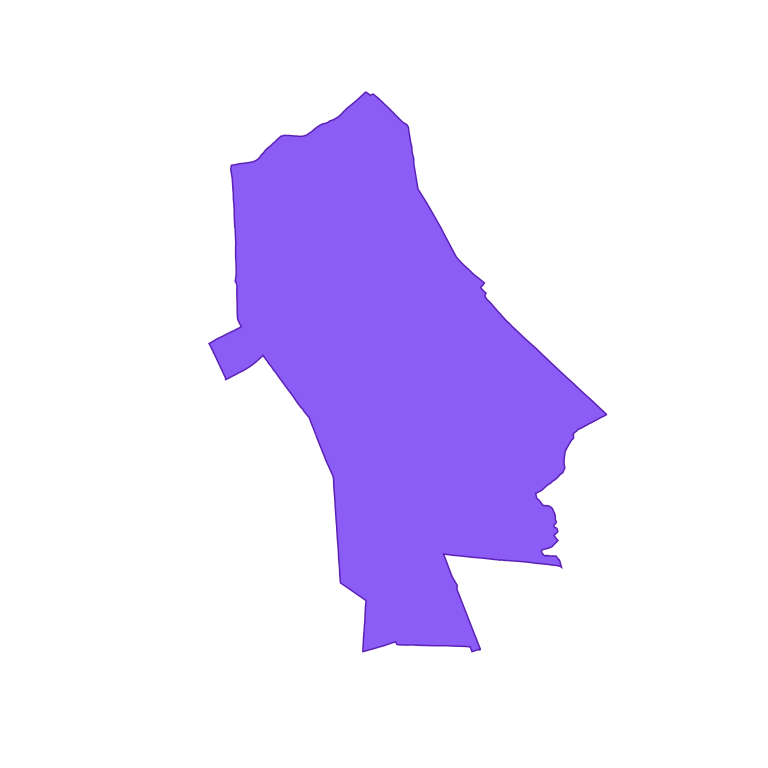 Corlatel, Mehedinti, Romania, rotated 305°
{"feature_id": "2599482B35238828278116", "entity_name": "Corlatel", "entity_type": "district", "adm_level": 2, "iso_a3": "ROU", "parent_name": "Romania", "parent_adm1": "Mehedinti", "projection": "orthographic", "projection_center": [22.928, 44.38], "detail": "fine", "context": "isolated", "style": "filled", "palette": "violet", "viewbox_px": 768, "rotation_deg": 305, "n_neighbors": 0, "source": "geoboundaries", "source_scale": "gbopen_adm2", "svg_char_len": 6171}
<svg xmlns="http://www.w3.org/2000/svg" viewBox="0 0 768 768"><g transform="rotate(305 384 384)"><path d="M486.5,583.8L486.8,583.4L488.6,570.6L489.4,565.6L490.0,561.4L490.5,556.5L493.6,534.5L494.1,530.0L494.5,527.5L495.1,522.6L498.7,498.5L499.4,494.1L500.4,487.6L501.2,480.8L501.7,476.6L502.1,473.2L504.3,458.8L504.6,455.8L505.3,453.1L505.6,451.4L505.8,449.4L506.3,446.5L509.0,434.8L511.0,427.0L511.7,424.0L512.5,419.4L513.4,417.2L514.2,416.0L517.0,415.4L517.3,412.4L518.3,408.2L518.8,407.8L523.4,408.4L524.4,408.3L524.9,401.5L525.2,394.7L526.5,387.1L527.1,381.7L528.2,375.5L529.5,370.4L533.9,361.7L535.8,358.1L539.4,350.9L544.8,340.6L553.2,322.9L557.1,314.5L563.2,300.0L581.8,281.8L584.6,279.9L586.8,278.0L587.6,276.6L591.3,273.0L594.0,270.9L595.4,269.4L597.8,266.7L601.8,262.9L603.9,260.7L608.5,256.5L608.9,255.3L609.5,254.2L609.3,250.8L609.2,249.7L609.2,249.1L609.5,247.5L609.8,245.7L610.6,241.2L611.0,238.1L611.3,237.5L612.4,231.3L612.7,229.5L612.8,228.2L613.3,225.5L613.6,222.9L613.9,221.9L614.4,218.3L614.4,216.0L614.9,216.0L614.9,213.8L615.1,210.9L615.3,210.0L615.3,209.0L615.2,208.8L614.3,208.1L612.7,207.3L612.8,203.1L612.7,201.8L612.4,201.5L612.1,201.3L611.6,201.2L610.6,201.1L606.3,200.1L605.0,199.9L599.4,198.6L597.6,198.1L595.6,197.6L591.0,196.2L588.3,195.5L586.6,195.3L584.7,194.8L580.8,194.3L578.5,193.8L576.8,193.4L574.5,192.4L571.0,190.7L570.2,190.1L569.5,189.5L568.7,188.9L566.3,188.0L565.1,187.4L564.4,186.9L562.4,185.0L561.8,184.5L559.3,183.1L554.7,181.4L551.3,180.5L550.5,180.2L548.4,179.7L546.3,178.8L543.4,177.8L542.9,177.4L542.4,176.9L540.3,175.3L538.5,172.9L536.7,169.8L535.6,168.1L533.8,164.8L532.9,163.3L531.9,162.0L530.6,159.8L530.0,159.3L528.7,158.4L528.3,158.0L528.1,157.5L521.6,156.0L519.6,155.8L517.9,155.2L513.6,154.4L512.1,153.8L508.0,152.8L506.7,152.8L503.7,152.6L501.1,152.1L499.9,152.1L499.0,152.3L496.1,151.8L495.3,151.5L494.2,151.2L492.4,150.2L490.4,148.8L486.4,144.8L482.9,140.8L480.0,137.8L477.3,135.4L475.6,133.5L472.5,135.1L471.1,136.0L468.8,138.4L467.9,139.2L465.8,141.4L455.3,149.8L454.2,150.9L452.3,152.2L449.0,154.6L445.2,157.9L439.9,162.0L436.2,164.6L426.6,172.0L425.4,173.5L423.4,174.8L414.1,182.0L412.1,183.2L403.2,189.4L400.4,191.7L393.0,197.3L389.1,200.0L382.7,203.3L382.5,203.6L382.2,204.6L381.0,206.3L380.2,207.2L376.6,209.5L372.9,212.1L367.4,216.3L361.1,220.8L354.7,225.6L353.1,227.1L352.1,228.5L350.2,232.1L349.2,234.2L347.1,233.3L343.2,231.2L342.1,230.8L339.8,229.3L338.6,228.6L336.6,227.7L335.1,226.6L333.9,226.1L330.7,224.5L326.4,222.0L323.8,220.7L321.5,219.8L316.8,217.5L315.0,221.0L314.0,222.5L313.8,223.1L313.8,223.5L312.3,225.8L311.8,226.3L310.9,228.4L306.9,235.3L306.0,236.9L305.0,238.6L302.2,243.6L301.4,244.8L299.0,249.1L298.3,250.1L297.7,251.3L297.2,251.7L296.8,251.7L296.8,251.9L303.2,255.2L306.9,257.2L309.7,258.5L313.5,260.7L321.2,264.1L326.5,265.8L328.4,266.4L336.3,268.2L338.1,268.5L337.9,269.3L337.3,270.2L336.8,272.3L336.5,272.7L335.7,275.7L335.2,276.6L334.9,277.2L334.3,279.2L333.9,280.8L333.5,282.3L332.4,284.6L331.2,289.0L329.3,294.0L327.6,299.2L325.4,305.3L322.5,314.3L322.0,316.1L319.9,321.3L319.0,323.7L317.2,329.4L317.0,330.3L316.9,331.6L315.7,334.3L313.8,341.0L313.7,341.8L313.1,342.6L312.4,343.8L311.3,345.1L305.5,354.1L304.8,354.9L303.5,357.2L301.7,359.5L289.8,377.8L288.3,379.8L285.4,384.8L279.9,394.1L278.2,396.4L270.1,402.6L259.7,411.2L255.0,414.8L249.5,419.3L243.9,423.8L240.9,426.3L229.5,435.4L219.8,443.4L215.1,446.9L207.6,453.2L205.6,454.7L204.0,456.1L202.1,457.3L201.2,458.2L196.1,462.4L196.2,469.0L196.3,493.6L191.6,496.2L189.4,497.5L188.5,498.2L186.8,499.1L186.0,499.7L178.4,504.5L175.3,506.3L174.6,506.7L170.1,509.5L166.0,511.8L152.7,520.1L153.1,520.6L153.9,521.4L154.9,522.1L158.2,524.7L158.5,525.1L160.0,526.3L163.0,528.7L165.7,530.8L169.8,534.2L177.2,539.5L178.9,541.0L179.4,541.5L179.5,541.8L178.3,543.3L178.1,544.0L178.7,545.4L182.5,551.4L184.8,554.5L186.6,557.0L191.2,564.4L199.7,577.1L205.3,585.0L207.2,588.1L215.5,600.9L218.1,605.3L215.2,609.6L220.6,613.6L221.0,614.9L221.3,615.1L221.6,615.2L222.2,614.2L222.5,614.4L224.3,611.6L227.1,607.4L232.6,599.1L257.2,562.2L258.1,561.2L261.0,559.5L261.8,557.9L264.9,550.9L267.2,547.4L278.9,530.3L280.5,533.5L281.9,536.0L282.8,537.9L285.0,541.8L286.5,544.3L292.9,556.0L296.2,561.7L297.1,563.1L300.1,568.6L303.7,575.3L304.7,577.0L306.7,580.8L307.5,581.1L307.8,581.6L307.8,582.0L307.9,582.5L309.0,584.7L309.4,585.0L310.5,586.7L311.1,587.7L311.6,588.8L313.3,591.5L316.8,597.4L318.0,599.5L320.2,603.3L322.0,606.8L324.7,612.0L327.3,616.5L329.2,620.0L330.4,622.0L331.6,624.6L333.5,628.0L334.9,630.8L335.6,632.7L335.7,633.7L335.7,634.5L336.8,633.1L338.8,630.8L340.3,628.8L340.6,627.6L340.6,626.5L341.8,623.8L339.9,620.8L338.4,618.9L338.2,618.1L336.8,615.5L336.1,615.6L335.8,615.1L335.8,614.3L335.3,613.8L335.6,612.7L336.0,611.0L336.2,610.2L337.0,609.2L337.4,608.8L338.0,608.8L339.3,609.0L339.9,609.2L341.7,611.1L342.5,611.8L344.6,613.4L345.2,613.6L346.3,614.5L347.4,615.0L348.2,615.1L354.4,616.1L355.7,616.2L355.8,615.5L356.0,614.4L357.6,610.0L360.6,610.7L361.7,611.0L362.7,611.1L363.0,610.9L364.6,609.0L364.9,608.3L364.6,606.7L364.7,605.6L364.9,604.8L365.6,604.3L366.5,604.1L367.6,604.5L368.5,604.7L369.1,604.5L369.6,604.2L370.0,604.2L370.5,603.2L371.2,602.1L374.0,600.1L375.1,599.0L378.4,593.7L378.7,592.7L378.8,591.9L378.8,590.3L378.6,589.1L378.4,588.5L378.3,588.1L377.7,587.1L376.4,585.1L376.2,584.5L376.0,583.9L376.0,583.1L377.9,577.1L377.9,576.4L377.9,575.1L378.0,574.7L378.2,574.4L380.5,572.0L381.5,570.8L382.5,571.7L387.6,574.2L394.4,575.7L398.8,577.5L401.7,578.1L403.4,578.9L404.3,579.2L407.4,579.9L410.2,580.1L411.5,580.4L413.8,581.3L414.5,581.2L417.2,580.6L418.1,580.6L419.0,580.2L420.0,579.3L420.5,578.6L421.2,578.1L422.3,577.0L425.7,574.7L432.0,571.4L433.0,571.0L435.1,570.8L435.9,570.6L441.4,570.1L442.4,570.1L443.1,570.1L443.9,569.9L446.1,569.9L447.3,570.3L448.2,570.3L448.6,570.1L449.1,569.7L449.4,569.7L449.7,569.3L450.4,568.9L450.7,568.5L450.7,568.2L451.0,567.7L453.0,567.9L454.5,568.2L455.7,568.8L456.7,568.7L457.3,568.8L462.8,571.8L464.4,572.5L467.3,574.0L468.8,574.6L471.3,576.1L472.1,576.4L474.6,577.7L477.7,579.3L479.7,580.2L484.1,582.7L486.5,583.8Z" fill="#8b5cf6" stroke="#5b21b6" stroke-width="1.5"/></g></svg>